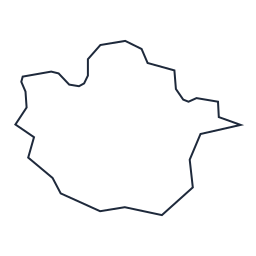 Bedford, Natural Earth projection
{"feature_id": "GBR-5698", "entity_name": "Bedford", "entity_type": "Unitary Authority", "adm_level": 1, "iso_a3": "GBR", "parent_name": "United Kingdom", "parent_adm1": "", "projection": "natural_earth1", "projection_center": [-0.481, 52.188], "detail": "fine", "context": "isolated", "style": "outline", "palette": "slate", "viewbox_px": 256, "rotation_deg": 0, "n_neighbors": 0, "source": "natural_earth", "source_scale": "10m", "svg_char_len": 512}
<svg xmlns="http://www.w3.org/2000/svg" viewBox="0 0 256 256"><path d="M60.7,193.4L52.6,178.0L28.2,157.6L34.0,137.2L15.4,124.5L26.6,107.5L25.5,91.6L21.3,81.8L22.7,76.6L51.2,71.6L58.6,73.4L69.2,84.6L79.0,86.2L84.1,83.4L87.9,75.6L87.9,59.2L100.4,45.0L125.2,40.9L141.6,49.0L147.6,63.0L174.4,70.4L175.9,89.0L183.2,99.6L188.5,101.7L196.5,98.1L218.0,101.7L218.8,117.1L240.6,124.9L200.5,134.0L189.7,159.7L192.8,187.4L161.9,215.1L124.8,207.2L100.1,211.2L60.7,193.4Z" fill="none" stroke="#1e293b" stroke-width="2"/></svg>